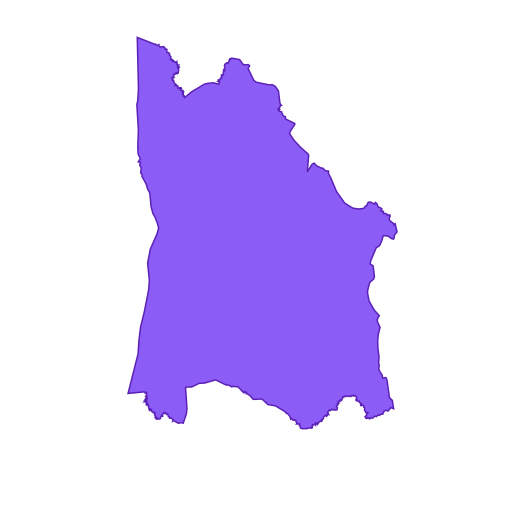 Suwannakhuha, Nong Bua Lam Phu, Thailand (Natural Earth projection), rotated 196°
{"feature_id": "78962969B89578186205363", "entity_name": "Suwannakhuha", "entity_type": "district", "adm_level": 2, "iso_a3": "THA", "parent_name": "Thailand", "parent_adm1": "Nong Bua Lam Phu", "projection": "natural_earth1", "projection_center": [102.211, 17.551], "detail": "fine", "context": "isolated", "style": "filled", "palette": "violet", "viewbox_px": 512, "rotation_deg": 196, "n_neighbors": 0, "source": "geoboundaries", "source_scale": "gbopen_adm2", "svg_char_len": 6077}
<svg xmlns="http://www.w3.org/2000/svg" viewBox="0 0 512 512"><g transform="rotate(196 256 256)"><path d="M342.4,129.5L341.1,88.6L326.8,94.3L323.9,94.6L324.2,93.9L323.4,94.2L322.9,92.1L323.4,91.0L322.5,91.1L322.7,89.4L321.8,89.9L321.2,88.0L321.5,87.3L322.1,88.2L322.8,87.9L323.1,87.2L322.5,87.5L322.4,86.2L323.2,85.1L320.9,85.9L321.0,84.5L320.1,84.3L320.9,84.2L320.5,83.0L319.9,83.8L319.7,83.0L319.0,83.5L319.0,82.6L318.0,82.0L316.9,79.6L316.3,79.7L316.1,79.1L315.9,79.8L315.1,79.7L315.1,78.8L314.3,79.4L314.3,78.5L313.1,77.7L312.6,78.0L311.8,77.1L310.6,77.7L310.6,77.1L309.6,76.9L310.0,76.4L309.7,75.3L308.0,73.9L308.5,73.8L308.5,72.8L307.0,73.1L307.2,72.1L306.4,71.7L305.2,72.8L304.3,72.4L303.0,73.5L303.3,74.6L302.8,75.9L302.0,76.1L302.5,76.7L302.0,76.8L302.4,77.1L301.5,79.8L300.8,79.3L299.9,80.6L298.5,79.1L297.3,79.7L296.0,77.5L295.0,77.4L294.4,76.3L293.2,76.9L290.4,75.8L290.5,74.2L289.6,75.0L284.3,73.8L282.1,75.2L279.9,75.2L279.4,85.3L280.3,90.3L287.5,110.2L286.2,111.1L281.7,112.4L275.7,117.8L270.2,119.8L260.6,125.8L250.7,124.0L248.4,123.8L247.4,124.5L243.1,123.5L242.9,124.2L237.1,125.2L230.1,121.2L229.6,121.4L229.7,122.2L228.9,121.9L228.5,122.6L227.3,121.7L227.4,120.9L226.2,121.1L222.8,119.9L219.2,117.4L211.7,119.9L209.8,119.7L203.7,116.5L196.0,117.3L185.2,114.4L183.3,113.0L182.1,113.2L179.2,111.2L177.7,108.8L177.2,109.7L175.6,108.5L175.1,109.0L174.3,108.5L173.6,109.2L172.1,108.7L171.9,107.7L170.5,106.7L170.8,105.7L167.6,106.6L167.5,104.9L167.0,105.0L165.8,102.9L164.1,102.7L159.2,104.2L157.6,105.4L154.8,105.9L154.6,107.2L155.3,107.0L155.1,109.4L154.3,109.3L153.4,110.3L152.5,109.9L152.9,110.6L152.7,111.5L152.4,110.9L151.6,111.1L150.9,112.3L150.5,111.3L149.2,114.5L147.4,115.1L147.2,115.8L147.9,115.9L147.9,116.9L147.0,117.1L146.3,118.5L146.6,120.0L145.5,121.9L144.3,121.3L144.4,122.3L143.4,122.3L143.4,124.1L142.6,123.9L144.2,126.0L143.2,127.0L143.4,127.7L142.1,128.5L141.6,128.1L140.7,129.6L139.5,129.2L138.2,130.1L137.5,129.6L135.8,130.4L135.9,132.6L137.5,134.0L136.3,135.5L137.0,136.0L135.8,137.2L136.7,137.6L136.9,139.0L135.3,139.1L135.3,140.1L134.0,140.7L133.9,141.3L134.7,141.6L133.8,142.4L133.6,144.5L132.7,144.4L132.7,145.3L131.1,146.2L130.7,145.7L128.4,147.0L127.0,146.7L126.3,147.9L125.3,147.5L124.8,148.5L123.5,149.0L123.0,148.3L121.8,149.1L120.0,147.5L120.4,146.0L120.1,145.0L119.3,145.5L119.1,144.5L116.6,144.8L116.4,143.9L114.2,143.1L114.7,142.5L114.2,141.6L113.7,142.0L113.5,141.2L112.7,141.9L111.2,141.8L110.6,140.3L109.5,139.7L109.3,137.9L107.5,136.0L105.2,136.3L105.3,135.3L106.3,134.5L105.8,133.8L106.9,131.5L105.2,130.2L104.1,130.8L104.2,131.4L102.2,130.8L101.5,131.0L101.5,132.0L99.1,132.3L97.9,134.7L96.1,134.7L95.0,136.6L93.5,136.7L92.2,138.4L90.6,138.8L90.1,142.3L88.1,143.7L87.0,143.3L86.1,143.6L84.7,147.4L81.6,147.1L85.2,154.8L88.7,156.7L95.5,172.0L97.2,174.7L97.9,174.9L100.4,173.5L102.2,176.7L105.0,178.9L107.2,181.8L107.2,184.4L108.7,187.2L109.8,192.5L113.5,201.3L115.6,207.8L116.8,214.1L117.1,221.6L120.9,226.0L121.8,227.8L121.8,230.5L121.0,232.5L127.8,236.9L135.0,244.1L138.6,251.2L139.2,254.1L139.4,260.9L139.0,262.6L136.6,266.1L136.4,268.6L140.7,278.8L144.1,279.9L144.4,283.0L142.7,297.2L140.5,299.3L140.0,300.5L139.3,305.1L139.3,310.7L134.2,311.5L130.8,310.1L128.5,310.1L128.1,311.5L128.8,313.9L127.1,318.1L131.1,325.3L132.0,324.0L132.4,325.0L137.4,327.0L138.4,329.2L138.0,331.2L138.9,332.5L141.0,331.3L141.6,332.2L142.9,332.6L143.8,332.6L144.6,331.9L145.9,332.7L145.8,334.0L148.5,333.9L147.9,335.4L148.3,336.3L152.2,337.0L154.3,339.7L156.0,340.4L156.4,338.5L160.6,339.4L162.3,339.0L163.2,337.8L163.5,334.8L164.7,334.0L165.4,331.6L170.1,329.5L176.2,328.7L185.3,331.3L196.5,340.3L205.8,351.9L209.0,355.1L209.7,357.6L212.9,357.1L216.0,358.9L217.3,358.5L222.7,359.4L225.8,361.3L227.4,359.6L229.9,351.0L233.1,367.3L233.9,368.3L243.6,373.0L250.9,377.4L257.4,382.8L257.4,385.3L255.0,393.2L255.2,394.0L265.5,395.9L266.1,398.0L268.1,398.1L270.7,400.7L271.0,401.6L273.5,401.6L273.8,402.5L275.2,402.6L275.1,403.7L273.9,403.9L274.7,404.7L274.1,405.6L274.0,407.4L273.1,407.8L275.0,409.2L279.9,420.8L284.2,424.4L288.0,425.2L289.7,424.2L303.7,423.1L306.5,424.2L315.3,434.1L314.5,437.1L316.2,437.9L319.1,436.7L321.3,436.7L325.9,440.3L333.9,439.5L335.0,438.6L334.8,438.0L335.4,438.1L335.2,437.3L335.9,438.1L335.5,436.6L336.2,433.6L337.2,433.8L338.7,431.9L338.8,430.0L337.6,428.5L338.5,425.9L337.1,425.8L338.2,424.1L337.5,422.3L338.0,421.7L337.6,420.5L338.3,419.7L338.6,420.5L339.1,420.5L338.1,417.5L339.2,417.2L339.0,415.9L340.7,414.9L340.3,414.4L340.6,413.8L339.5,414.4L339.2,413.4L339.8,413.0L339.2,412.6L339.1,410.8L344.4,410.8L349.7,408.8L352.9,407.0L363.0,396.3L368.2,388.7L369.0,390.0L369.7,389.5L370.4,391.4L371.1,391.3L370.7,392.4L371.6,392.9L371.0,393.1L370.9,394.0L371.6,393.8L371.8,394.9L374.1,394.4L374.3,395.7L373.7,396.3L374.6,397.2L376.1,396.5L375.8,395.8L376.8,396.4L377.4,395.9L378.0,397.9L378.7,397.5L379.9,398.2L380.5,397.8L380.1,398.9L382.2,399.6L383.5,401.9L384.1,402.3L384.0,401.7L384.5,401.7L385.8,403.7L384.9,403.6L385.1,404.8L384.2,405.0L384.8,405.4L384.5,406.5L385.1,406.9L385.1,408.4L384.0,408.3L383.8,409.0L382.7,409.3L383.3,409.9L383.0,410.3L381.9,409.7L381.2,410.4L381.8,414.2L382.8,415.0L381.9,415.9L383.2,416.1L382.4,416.9L383.0,417.4L382.9,418.1L383.7,417.6L383.7,418.2L384.9,418.4L384.9,419.7L385.8,419.9L385.9,420.8L386.5,419.9L387.2,419.9L387.7,420.5L389.4,420.2L389.3,420.9L390.3,420.6L390.5,421.8L391.3,421.5L391.9,422.0L392.4,421.5L392.8,424.2L394.6,425.1L394.6,426.4L396.0,427.4L396.3,427.0L397.8,427.3L398.7,430.1L400.3,429.8L400.3,430.5L402.7,431.9L403.7,430.9L405.1,431.0L405.8,430.5L407.9,431.7L407.8,432.2L409.4,431.1L410.9,432.0L411.5,431.6L430.4,433.4L415.0,384.1L412.5,372.6L412.3,368.8L403.8,344.7L399.7,328.3L397.5,321.7L394.1,317.7L395.1,314.0L392.9,314.1L392.8,311.2L390.6,309.1L389.8,304.2L387.6,302.5L387.6,301.1L381.4,294.9L378.7,290.6L375.5,287.3L370.4,274.4L366.7,268.3L363.5,265.2L359.8,260.2L357.2,255.8L357.3,249.4L359.5,233.4L358.2,219.2L351.8,203.2L349.9,194.2L347.9,170.4L347.4,156.0L345.2,142.3L342.4,129.5Z" fill="#8b5cf6" stroke="#5b21b6" stroke-width="1.5"/></g></svg>